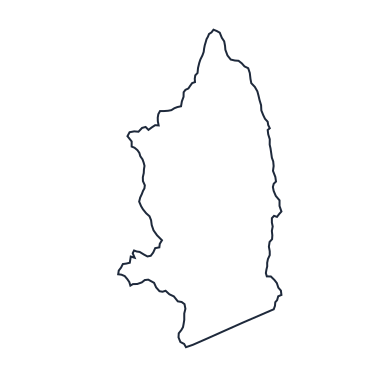 outline of Águas Mornas, Santa Catarina, Brazil, rotated 157°
{"feature_id": "56859067B80537926238149", "entity_name": "Águas Mornas", "entity_type": "district", "adm_level": 2, "iso_a3": "BRA", "parent_name": "Brazil", "parent_adm1": "Santa Catarina", "projection": "equal_earth", "projection_center": [-48.93, -27.746], "detail": "fine", "context": "isolated", "style": "outline", "palette": "slate", "viewbox_px": 384, "rotation_deg": 157, "n_neighbors": 0, "source": "geoboundaries", "source_scale": "gbopen_adm2", "svg_char_len": 2557}
<svg xmlns="http://www.w3.org/2000/svg" viewBox="0 0 384 384"><g transform="rotate(157 192 192)"><path d="M258.2,51.5L250.9,51.0L234.8,51.2L218.8,51.5L196.6,51.9L165.6,52.1L162.6,52.1L160.1,54.8L158.4,58.0L155.9,59.2L153.4,62.3L149.9,62.3L148.7,66.5L149.9,70.2L149.5,75.0L150.5,78.8L152.4,83.4L156.1,85.1L155.7,88.5L153.8,91.5L151.8,94.2L150.5,97.4L148.3,100.6L145.1,103.5L143.6,107.1L142.6,111.6L140.1,115.7L136.7,117.3L135.0,120.7L133.7,125.0L131.2,128.7L130.4,132.7L128.7,136.7L125.8,138.0L123.5,135.9L120.1,137.8L117.3,139.1L116.9,144.9L114.7,150.1L116.4,155.6L116.4,161.1L115.6,165.0L113.5,167.7L110.6,168.8L109.4,173.3L109.2,179.8L106.7,184.0L105.3,188.4L105.1,192.3L103.9,196.8L102.7,201.4L102.0,205.2L99.8,210.2L99.3,215.3L98.1,219.5L95.5,220.3L95.7,223.9L94.9,227.1L96.2,230.9L96.4,234.9L96.3,240.0L94.5,244.9L93.9,250.3L93.1,254.9L92.5,259.1L93.1,264.2L94.9,269.0L94.0,273.2L92.3,279.0L91.9,284.0L94.6,287.1L95.9,291.0L97.9,294.6L101.2,296.3L104.6,298.8L106.0,303.8L105.7,309.9L104.5,313.6L103.5,318.1L104.3,322.3L104.2,327.8L106.3,330.5L108.8,333.0L111.7,331.3L114.6,330.8L116.7,328.7L118.9,327.0L120.9,324.5L122.9,322.1L124.8,319.3L126.5,316.4L129.0,313.7L132.5,310.7L134.8,308.1L138.0,303.8L140.4,299.4L143.4,298.1L145.2,295.2L146.3,292.0L149.3,292.2L152.3,290.4L154.9,288.7L158.1,288.6L160.7,287.1L162.6,282.9L165.9,279.4L168.6,275.2L172.3,275.9L175.5,276.0L179.0,275.4L182.2,276.1L186.6,277.6L189.8,279.0L192.6,276.8L194.5,273.8L195.8,270.5L196.7,266.3L199.8,267.9L203.7,267.2L207.8,266.2L209.3,270.0L212.9,270.5L217.7,268.4L221.5,270.4L226.1,271.4L229.6,268.6L227.8,262.1L229.8,257.4L227.6,255.2L225.9,251.9L225.2,248.6L225.6,245.1L224.8,241.4L225.0,238.0L225.5,234.6L227.4,231.6L229.0,228.3L231.5,224.8L232.9,221.2L232.8,216.6L234.4,213.9L236.6,212.2L239.0,209.7L241.9,207.1L244.4,203.8L244.4,198.8L243.9,195.2L242.5,190.3L240.6,186.3L240.7,182.0L242.0,177.3L242.4,171.7L241.1,165.8L238.5,159.3L241.9,156.9L243.7,153.8L247.8,154.7L251.4,151.4L254.9,149.4L258.2,150.1L260.6,153.1L263.6,157.3L266.1,158.8L268.2,160.8L270.5,158.8L270.5,153.9L273.6,156.5L276.9,151.2L280.5,151.8L283.8,152.7L286.9,150.1L290.1,148.3L292.1,145.1L289.3,143.5L286.8,140.9L285.6,137.1L284.9,133.6L285.3,129.9L282.4,130.3L278.3,128.7L273.5,128.4L269.9,129.4L266.5,128.4L262.4,123.2L262.3,118.2L260.7,113.4L258.1,111.7L254.9,111.4L252.8,106.7L249.5,103.0L247.8,96.9L244.5,94.8L242.7,91.7L243.7,87.1L246.6,83.2L249.1,77.3L251.5,73.5L253.1,71.1L255.9,69.0L259.4,67.1L261.2,63.5L261.3,58.5L258.6,55.2L258.2,51.5Z" fill="none" stroke="#1e293b" stroke-width="2"/></g></svg>